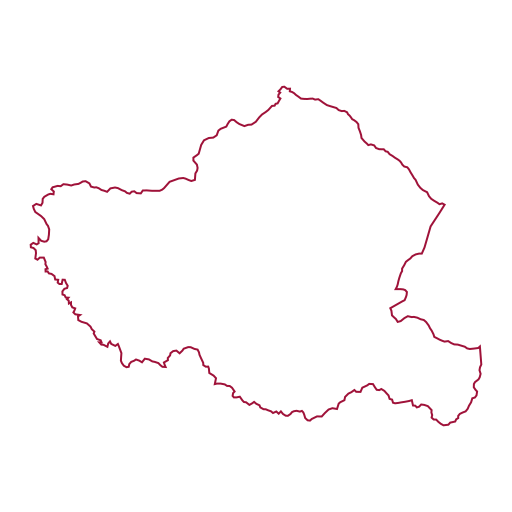 Marianópolis do Tocantins, Tocantins, Brazil (orthographic projection)
{"feature_id": "56859067B16841021210330", "entity_name": "Marianópolis do Tocantins", "entity_type": "district", "adm_level": 2, "iso_a3": "BRA", "parent_name": "Brazil", "parent_adm1": "Tocantins", "projection": "orthographic", "projection_center": [-49.708, -9.772], "detail": "fine", "context": "isolated", "style": "outline", "palette": "rose", "viewbox_px": 512, "rotation_deg": 0, "n_neighbors": 0, "source": "geoboundaries", "source_scale": "gbopen_adm2", "svg_char_len": 5884}
<svg xmlns="http://www.w3.org/2000/svg" viewBox="0 0 512 512"><path d="M57.6,185.9L52.6,187.3L51.3,189.2L53.8,191.5L53.5,194.3L50.3,193.8L48.2,194.5L44.3,196.8L42.7,198.9L42.5,202.8L41.0,205.4L36.3,203.9L33.0,206.0L33.8,208.9L35.3,212.0L41.1,216.1L44.2,219.1L46.6,224.1L48.0,225.9L49.2,229.4L48.9,234.8L48.2,239.3L46.5,241.3L44.3,241.7L41.2,240.8L38.5,237.9L38.6,243.2L36.7,244.4L33.3,242.9L30.7,244.7L30.9,247.3L33.5,248.0L35.7,250.2L36.0,253.2L35.3,258.5L37.5,259.7L39.8,257.6L43.8,257.6L45.6,262.0L45.4,264.2L46.7,266.6L47.6,268.6L45.5,269.2L45.6,271.5L47.6,271.4L48.9,273.4L51.5,273.9L54.5,276.1L55.2,279.5L58.2,279.8L57.7,282.6L59.4,284.0L61.7,284.0L62.6,279.7L64.8,279.8L65.9,282.8L67.7,285.8L67.1,288.0L64.4,288.8L62.4,291.4L62.5,294.5L64.6,295.2L65.7,297.5L68.4,297.7L67.0,299.3L68.7,300.6L68.9,303.5L71.0,302.4L71.0,304.9L72.3,307.4L75.2,308.4L74.4,310.6L73.4,312.4L75.3,314.3L80.0,315.0L78.0,316.4L78.3,320.1L81.5,321.8L86.9,323.4L90.5,326.6L91.8,329.2L94.4,331.6L93.7,333.5L95.3,336.2L97.0,339.0L100.7,340.3L101.5,342.3L99.2,342.3L101.3,344.6L103.5,344.8L107.4,346.8L108.2,343.5L110.0,341.4L111.2,343.9L115.3,345.9L117.9,344.0L118.8,346.1L121.4,353.1L121.1,357.4L120.9,360.7L121.9,363.1L123.8,365.7L126.5,367.2L128.7,366.8L129.3,364.1L131.2,361.9L134.0,360.8L136.0,359.5L139.2,360.6L142.0,362.3L144.8,358.7L148.9,359.4L152.3,361.4L154.8,361.9L158.4,363.1L160.4,365.2L162.4,366.8L165.6,367.0L164.7,364.9L163.9,362.5L167.9,360.2L167.8,358.0L170.1,355.4L170.5,353.2L173.2,351.1L176.4,350.6L179.6,353.3L182.4,350.6L183.7,348.7L188.2,347.1L190.7,347.2L194.4,348.9L197.6,349.6L199.0,352.4L199.5,354.8L200.9,357.9L203.2,362.8L203.3,365.1L205.8,366.7L208.2,366.6L208.9,368.6L209.3,373.0L213.6,375.6L216.0,378.2L214.8,384.1L216.9,383.6L220.6,383.6L224.8,384.4L227.0,385.9L229.7,386.0L232.0,387.7L234.6,391.5L233.1,393.1L232.6,395.9L233.9,397.4L236.5,397.4L239.8,396.7L242.4,400.4L243.9,402.0L246.1,402.3L249.4,404.9L252.2,403.3L254.1,401.9L256.3,403.8L259.5,405.3L260.3,407.4L263.5,409.2L265.8,409.3L268.1,410.3L271.0,411.3L273.0,413.0L276.3,411.5L278.7,413.7L280.9,411.4L283.0,414.0L285.7,415.7L287.9,415.8L290.5,414.0L292.0,412.1L294.0,411.2L296.6,410.8L299.9,411.6L301.9,410.9L303.3,412.4L304.2,414.6L305.2,418.0L307.6,420.3L310.0,420.6L311.7,419.0L317.0,416.4L321.7,416.5L324.9,413.0L328.6,409.5L332.4,408.2L337.0,409.0L338.7,403.6L340.3,402.2L344.4,400.2L345.1,396.9L348.4,393.6L351.3,392.2L354.4,390.0L356.2,391.8L360.5,391.9L362.3,387.7L367.2,385.4L369.2,383.9L373.0,384.1L374.9,387.2L376.7,389.8L379.3,390.1L381.3,389.0L384.4,390.9L386.6,393.4L388.5,395.4L389.6,398.9L392.1,399.6L393.0,402.7L395.1,403.3L398.4,402.9L401.0,402.4L404.9,401.8L409.1,401.0L411.8,400.2L413.0,405.5L415.3,405.7L416.8,407.4L419.1,406.7L421.2,404.5L424.2,404.9L427.8,406.1L431.6,410.1L431.4,412.5L432.2,415.1L431.6,417.6L433.7,419.5L436.2,419.6L438.3,421.8L440.8,423.8L443.5,425.3L448.4,424.7L450.2,422.6L452.2,422.2L455.2,421.5L456.2,419.3L458.2,418.1L458.2,415.9L459.8,413.9L462.7,412.5L465.6,411.4L467.7,408.8L469.0,405.7L471.1,402.3L472.3,398.3L474.9,397.5L476.5,395.4L477.1,391.5L475.6,389.9L473.8,387.3L473.9,384.0L475.0,382.1L478.5,379.4L479.7,377.3L480.6,373.8L479.5,370.2L480.0,367.3L481.3,364.5L479.9,346.5L478.3,348.0L473.7,348.6L469.8,349.0L467.1,348.4L464.8,346.7L462.4,346.0L460.1,345.3L457.8,344.6L454.2,344.4L451.1,343.0L448.2,341.1L444.5,341.6L442.3,340.8L439.7,339.7L437.1,338.3L434.3,336.9L433.5,334.3L431.7,330.7L430.0,328.2L428.7,325.5L426.1,322.0L423.8,320.0L420.5,319.2L417.4,317.7L413.9,316.9L411.7,317.1L407.8,316.2L404.4,318.1L400.7,321.1L397.7,321.9L395.9,319.0L394.0,317.3L392.0,315.4L391.4,310.7L390.3,308.2L402.4,301.3L404.6,300.2L406.0,296.9L406.6,294.9L406.9,292.0L405.2,290.1L403.3,289.4L400.3,289.1L395.7,289.1L396.9,286.8L397.7,284.4L398.4,281.1L399.3,277.9L400.1,275.5L400.9,273.2L402.1,271.1L402.1,268.6L404.2,265.2L405.9,261.8L408.2,260.0L410.3,258.5L412.3,256.2L415.7,254.4L419.1,253.6L421.8,253.6L424.5,247.5L427.0,238.9L430.6,226.4L439.4,213.0L444.6,204.7L442.2,203.4L439.5,204.2L437.4,202.7L434.0,200.7L431.2,198.8L429.0,196.2L427.1,192.2L424.9,191.1L422.8,190.0L420.3,187.8L417.8,184.6L416.6,182.0L415.5,179.7L414.1,178.2L412.6,175.6L410.6,172.4L409.0,169.4L407.3,167.3L404.2,166.5L402.3,164.6L401.1,162.5L399.6,160.8L397.7,159.4L394.9,157.7L392.6,156.0L389.6,154.2L387.7,151.8L385.6,151.3L383.8,149.3L379.2,149.2L376.0,148.0L374.2,145.4L370.9,144.4L368.3,145.1L366.9,143.6L364.5,141.5L361.5,138.0L361.1,135.0L359.9,131.3L358.5,127.8L358.3,124.2L356.5,122.0L354.1,120.2L352.2,119.2L351.0,117.4L349.6,115.6L348.0,114.2L347.1,112.3L344.3,110.9L341.7,111.1L338.7,110.1L336.4,108.0L332.7,106.9L330.0,106.1L326.9,105.1L323.1,102.6L320.8,100.9L318.3,99.2L315.1,99.6L312.7,98.6L310.2,98.7L307.2,99.0L304.1,98.9L301.0,98.6L298.5,96.7L295.9,94.9L294.1,93.2L292.1,92.0L289.8,91.3L290.0,88.7L287.2,88.8L284.3,86.7L282.2,87.0L280.4,89.4L278.5,91.3L280.2,92.6L278.5,94.6L278.2,97.0L280.4,98.5L279.2,100.5L277.6,103.4L275.6,103.8L274.6,105.7L272.0,105.9L268.3,110.0L265.6,112.1L262.0,114.5L259.2,117.4L255.8,121.8L251.5,124.6L248.1,124.8L244.4,126.1L239.3,124.0L236.6,122.2L234.2,120.1L231.7,119.7L229.4,121.3L227.6,124.1L226.3,126.6L220.7,128.8L218.4,130.6L216.7,135.3L213.3,137.6L208.8,138.0L204.0,140.3L201.2,144.9L198.7,153.7L197.0,155.1L193.4,157.6L193.4,160.6L196.9,164.6L197.6,167.9L197.1,170.6L195.4,173.4L194.9,179.9L191.3,181.0L188.6,180.0L185.5,178.6L183.2,178.0L178.8,178.5L169.6,181.8L164.0,188.2L162.1,189.7L159.6,190.8L154.7,190.8L152.0,190.8L146.7,190.4L142.8,190.5L140.8,193.4L136.6,193.1L134.3,191.3L131.7,191.7L129.7,193.7L126.9,192.9L125.0,191.3L121.9,190.2L117.9,188.1L115.0,187.5L110.4,188.4L107.1,191.8L104.1,190.7L101.5,190.0L98.7,188.2L96.3,187.3L94.3,187.5L91.0,186.6L89.4,183.4L85.6,181.2L82.7,181.5L80.6,182.8L78.5,183.9L74.2,184.5L71.2,185.5L67.3,184.6L63.4,184.2L60.7,186.2L57.6,185.9Z" fill="none" stroke="#9f1239" stroke-width="2"/></svg>